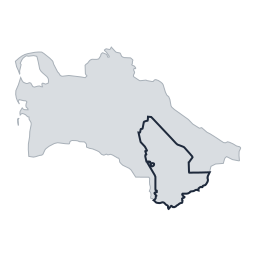 where Mary sits in Turkmenistan
{"feature_id": "TKM-360", "entity_name": "Mary", "entity_type": "Province", "adm_level": 1, "iso_a3": "TKM", "parent_name": "Turkmenistan", "parent_adm1": "", "projection": "orthographic", "projection_center": [62.192, 37.327], "detail": "fine", "context": "in_parent", "style": "outline", "palette": "slate", "viewbox_px": 256, "rotation_deg": 0, "n_neighbors": 0, "source": "natural_earth", "source_scale": "10m", "svg_char_len": 6727}
<svg xmlns="http://www.w3.org/2000/svg" viewBox="0 0 256 256"><path d="M68.9,75.5L81.3,77.0L85.2,77.7L86.9,76.0L86.8,75.5L86.2,75.1L85.4,73.8L85.1,65.3L86.2,64.1L87.5,63.3L89.5,60.7L90.5,59.9L92.0,59.3L96.7,59.4L98.7,58.9L100.6,56.0L101.0,54.2L102.4,52.8L103.1,52.9L106.2,54.2L106.9,54.9L107.9,57.2L109.1,57.1L109.3,56.7L109.2,56.2L108.3,54.8L106.4,52.2L104.5,50.5L104.4,50.0L106.1,48.8L109.5,49.5L110.3,49.1L111.3,47.1L115.6,51.8L116.4,52.3L119.9,53.0L120.5,53.7L121.6,56.3L122.8,57.1L124.3,57.6L130.6,57.9L132.6,59.7L132.9,60.1L132.5,61.3L132.3,63.7L131.8,64.6L132.1,65.1L134.3,66.1L135.6,67.7L135.7,68.3L135.3,68.7L134.3,68.5L133.7,69.2L133.7,70.4L134.4,71.6L134.6,72.7L133.5,75.1L133.4,76.2L133.8,76.8L139.5,80.6L140.4,80.7L146.0,80.1L147.0,80.6L151.9,81.5L153.3,81.4L154.2,80.2L155.1,79.7L156.0,79.7L158.3,80.5L160.8,82.1L162.4,83.5L163.2,84.9L165.4,92.2L166.9,95.2L168.7,96.7L169.9,99.6L171.0,105.8L171.7,107.1L174.4,109.5L188.4,119.5L192.7,124.0L199.3,128.2L201.7,127.7L206.9,132.2L210.2,133.9L214.5,136.6L223.6,142.6L225.5,142.8L227.6,141.8L229.5,142.3L232.9,143.8L236.6,146.0L239.7,146.8L240.6,147.8L240.6,148.4L239.1,151.5L239.0,155.5L239.4,160.7L238.6,160.8L232.5,159.6L226.6,156.6L225.3,157.7L224.6,158.8L223.3,163.4L215.6,164.0L211.0,166.3L207.2,181.3L206.3,183.1L203.8,185.6L199.3,188.1L198.6,189.1L198.5,190.0L198.0,190.2L195.4,190.3L185.9,193.7L183.8,193.7L183.0,194.0L182.6,194.5L183.7,197.5L182.9,198.3L182.3,199.8L181.8,202.4L175.5,206.5L174.2,206.9L171.6,206.6L170.3,207.0L169.0,208.3L168.3,207.9L168.0,206.6L167.3,205.7L163.4,202.5L158.9,203.0L157.2,202.7L155.8,202.2L153.8,200.3L152.5,198.5L151.1,198.7L150.7,197.9L150.6,196.9L151.0,195.7L150.9,193.5L150.2,191.9L149.3,191.2L150.3,188.6L150.3,186.7L149.7,184.6L149.5,181.6L149.7,178.6L148.9,177.2L135.7,177.1L131.2,170.1L129.3,168.4L122.9,165.3L121.1,163.7L119.7,162.0L119.4,159.6L118.7,158.2L117.7,158.0L112.7,155.1L110.7,154.3L107.9,154.9L106.3,154.1L104.4,155.0L103.5,155.1L101.5,154.3L99.1,151.8L97.0,150.7L92.6,148.9L89.5,148.3L86.7,147.2L86.5,146.8L86.5,144.7L86.2,143.8L85.4,142.8L84.4,141.9L79.6,141.7L77.5,140.8L75.8,140.6L72.0,140.5L70.7,141.0L70.0,141.6L69.4,143.6L69.0,143.9L65.3,143.7L57.6,142.7L54.3,143.5L49.0,146.3L45.9,148.7L45.0,149.8L42.9,154.3L42.1,154.9L41.0,155.3L40.0,155.3L35.2,156.8L33.4,157.1L28.8,156.4L28.3,149.5L28.4,144.0L29.6,136.6L29.8,131.7L31.2,124.5L31.1,122.7L29.1,119.2L29.0,117.0L27.6,116.7L25.4,114.6L23.3,113.7L22.2,113.5L21.1,114.0L20.2,115.0L19.9,113.2L20.1,111.4L22.2,107.9L23.2,109.1L24.5,109.7L28.0,109.8L27.8,108.5L26.1,107.0L25.9,105.3L26.2,103.6L26.9,102.0L26.4,101.3L25.6,100.8L23.8,100.7L19.1,99.6L18.3,101.5L19.4,104.1L17.5,101.0L16.3,97.9L15.7,94.3L15.9,90.6L18.4,84.8L20.7,77.5L22.2,80.8L23.4,82.3L26.2,83.5L27.7,83.4L29.3,82.7L30.8,83.1L32.8,86.6L34.4,87.1L38.0,86.1L39.7,86.0L41.1,86.7L42.5,86.8L42.0,85.3L41.9,83.8L42.8,83.1L45.5,84.1L47.7,83.4L48.2,83.1L48.5,81.9L48.4,79.3L48.0,78.2L46.9,76.6L42.4,72.7L40.9,71.1L39.7,69.1L38.2,61.6L37.0,56.8L36.4,56.2L33.6,55.6L28.3,56.2L26.4,55.8L25.5,56.2L23.2,58.0L22.0,59.6L20.2,63.3L21.1,64.6L19.6,71.0L19.8,73.8L19.6,74.0L18.3,70.4L16.6,66.7L15.4,61.3L18.9,58.2L21.8,56.1L24.9,54.5L28.0,53.6L34.9,52.3L38.7,52.0L41.7,52.1L43.9,53.5L49.8,58.2L52.4,60.8L53.0,61.8L53.6,64.1L57.6,71.9L58.7,73.0L60.3,75.5L62.0,76.3L68.9,75.5ZM18.5,124.6L18.3,125.6L17.7,122.5L17.6,119.2L18.2,118.4L18.8,118.5L18.1,119.6L18.5,124.6Z" fill="#d9dde1" stroke="#a8b0b8" stroke-width="1"/><path d="M209.7,172.3L208.0,175.7L207.7,176.4L207.6,177.2L207.5,177.6L207.5,178.1L207.6,178.5L207.9,179.3L207.9,179.7L207.9,180.6L207.7,181.3L207.4,182.1L206.1,184.2L205.8,184.6L205.2,185.1L204.7,185.3L203.4,185.6L203.1,185.8L202.9,185.9L202.7,186.2L202.4,187.1L202.0,187.2L201.8,187.0L201.1,186.9L200.4,187.1L199.8,187.4L198.7,188.3L198.5,188.5L198.4,188.9L198.4,189.3L198.6,190.2L198.6,190.5L196.9,189.9L196.5,189.8L196.2,189.9L195.9,189.9L195.4,190.1L193.8,191.0L193.1,191.2L191.0,191.4L190.7,191.5L190.4,191.7L190.1,191.9L189.7,192.5L188.1,193.4L186.6,193.7L182.9,193.7L182.6,193.7L182.3,194.0L182.2,194.4L182.3,194.7L182.5,194.9L182.6,195.3L182.7,195.6L183.6,196.3L183.8,196.7L183.9,196.8L184.4,196.9L184.5,197.0L184.4,197.4L183.9,197.7L182.6,198.2L182.1,198.6L182.1,198.9L182.2,200.0L182.2,200.3L182.5,200.5L182.4,201.4L182.3,202.2L182.2,202.6L182.0,202.8L181.7,202.9L181.0,203.0L180.6,203.1L179.5,203.6L177.9,204.9L176.8,205.5L176.3,205.9L176.1,206.2L175.9,206.4L175.6,206.6L174.4,207.1L174.1,207.2L173.9,207.2L173.4,207.0L173.2,207.0L172.9,207.1L172.7,207.0L171.6,205.9L171.1,205.9L170.6,206.5L168.9,208.7L168.6,208.9L168.4,208.7L168.1,207.9L168.0,207.6L168.0,206.7L168.0,206.4L167.9,206.0L167.7,205.7L167.4,205.4L166.5,205.0L166.0,204.7L164.3,202.9L163.8,202.6L163.3,202.4L162.3,202.3L160.2,203.0L159.2,203.1L156.9,202.8L155.8,202.3L155.0,201.4L153.9,200.4L153.7,200.3L153.9,200.1L154.1,199.9L154.3,199.7L154.9,199.3L155.0,199.2L155.5,198.6L155.6,198.4L155.7,198.1L155.8,196.5L155.8,196.4L156.0,196.2L156.4,195.8L156.4,195.7L156.0,195.3L155.4,194.6L155.1,194.3L154.9,194.0L154.8,193.9L154.5,193.3L154.5,193.2L154.6,192.8L154.7,192.7L154.8,192.6L155.2,192.5L155.7,192.5L155.9,192.5L156.0,192.4L156.3,192.2L156.5,192.1L156.7,191.9L156.8,191.9L156.8,190.7L156.7,190.6L155.9,190.5L155.7,190.4L155.4,189.2L155.4,182.9L155.4,176.8L154.6,174.9L150.7,168.3L150.1,167.3L147.1,162.2L147.3,161.9L148.1,161.9L148.4,161.9L148.6,161.9L149.4,162.0L149.5,162.1L150.0,162.4L150.2,162.8L150.6,163.5L150.7,164.0L150.9,164.5L150.9,165.5L151.1,165.9L151.3,166.0L151.6,166.2L151.8,166.2L152.0,166.3L152.3,166.3L152.5,166.2L152.9,166.1L153.4,165.8L153.5,165.7L153.9,165.2L154.0,164.8L154.0,164.6L154.1,164.2L154.0,163.9L154.0,163.7L153.9,163.6L153.7,163.4L153.4,163.3L152.7,163.1L152.2,163.2L151.6,163.4L151.4,163.5L151.2,163.6L150.2,162.1L150.1,161.8L149.9,161.7L149.5,161.6L148.1,161.5L147.7,161.6L147.4,161.5L147.0,161.5L146.8,161.5L146.6,161.5L146.5,161.4L146.4,161.4L145.3,156.6L145.3,155.5L145.5,154.9L145.8,154.8L146.1,154.7L146.3,154.5L146.1,153.9L145.4,151.5L145.3,151.2L145.7,151.0L146.4,150.9L146.7,150.8L146.9,150.6L146.8,150.2L145.4,147.5L144.8,146.5L140.7,142.1L140.4,141.1L138.5,132.5L139.4,132.6L139.7,132.6L139.9,132.5L140.1,132.2L140.2,131.8L140.6,129.7L140.7,129.3L140.8,129.1L141.1,129.0L142.1,128.8L142.4,128.7L142.6,128.3L142.7,128.0L143.8,122.2L144.3,121.6L146.4,120.9L147.5,120.7L147.6,120.3L147.8,120.0L148.0,116.7L151.2,117.0L151.8,117.6L154.2,120.1L157.3,123.4L170.7,137.6L176.0,143.3L177.5,144.6L179.2,145.2L183.1,146.7L184.2,147.3L190.0,153.8L192.3,156.5L192.5,157.4L190.3,160.4L189.6,161.4L189.4,161.8L188.7,162.3L189.0,172.0L189.2,172.6L189.7,172.7L193.7,172.6L197.7,172.6L202.4,172.5L205.8,172.4L209.7,172.3L209.7,172.3Z" fill="none" stroke="#1e293b" stroke-width="2"/></svg>